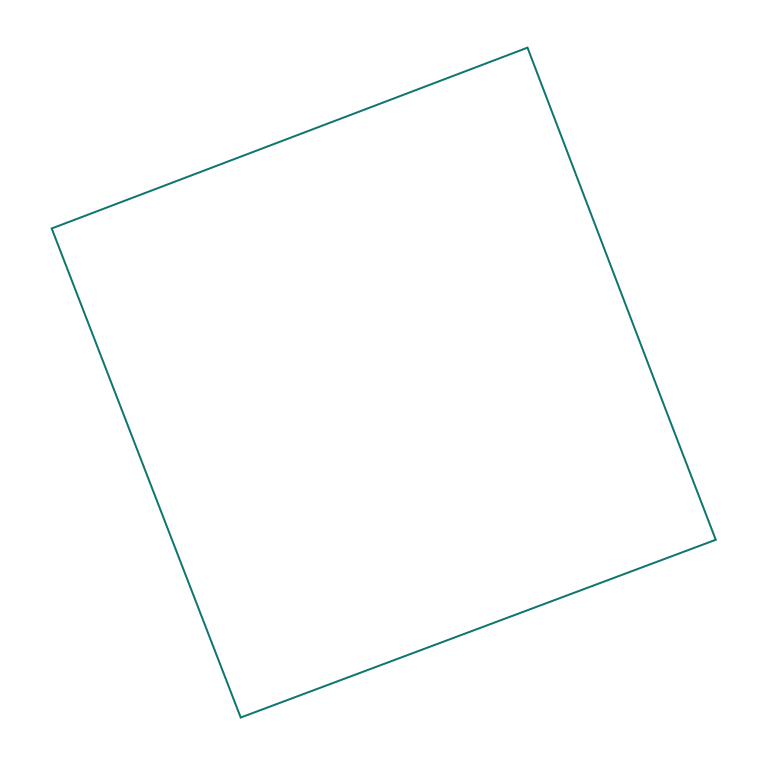 Donley, Texas, United States of America, rotated 249°
{"feature_id": "52423323B98750800467499", "entity_name": "Donley", "entity_type": "district", "adm_level": 2, "iso_a3": "USA", "parent_name": "United States of America", "parent_adm1": "Texas", "projection": "mercator", "projection_center": [-100.881, 34.965], "detail": "fine", "context": "isolated", "style": "outline", "palette": "teal", "viewbox_px": 768, "rotation_deg": 249, "n_neighbors": 0, "source": "geoboundaries", "source_scale": "gbopen_adm2", "svg_char_len": 238}
<svg xmlns="http://www.w3.org/2000/svg" viewBox="0 0 768 768"><g transform="rotate(249 384 384)"><path d="M124.0,130.7L119.7,637.9L259.4,637.8L646.6,638.5L648.3,129.5L124.0,130.7Z" fill="none" stroke="#0f766e" stroke-width="2"/></g></svg>